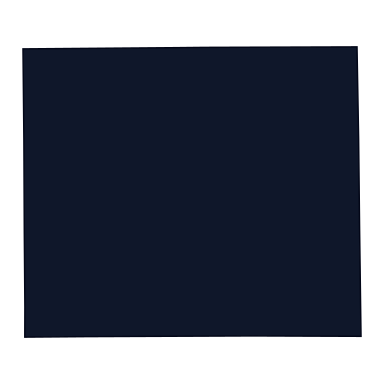 outline of Grant, Indiana, United States of America
{"feature_id": "52423323B51012446173370", "entity_name": "Grant", "entity_type": "district", "adm_level": 2, "iso_a3": "USA", "parent_name": "United States of America", "parent_adm1": "Indiana", "projection": "equal_earth", "projection_center": [-85.659, 40.516], "detail": "fine", "context": "isolated", "style": "filled", "palette": "ink", "viewbox_px": 384, "rotation_deg": 0, "n_neighbors": 0, "source": "geoboundaries", "source_scale": "gbopen_adm2", "svg_char_len": 289}
<svg xmlns="http://www.w3.org/2000/svg" viewBox="0 0 384 384"><path d="M357.0,46.9L204.7,47.4L175.0,47.7L23.0,48.9L23.9,139.7L24.3,231.2L24.9,307.0L24.8,337.1L86.0,336.6L253.0,335.9L361.0,336.3L359.6,230.6L358.6,138.2L357.0,46.9Z" fill="#0f172a" stroke="#020617" stroke-width="1.5"/></svg>